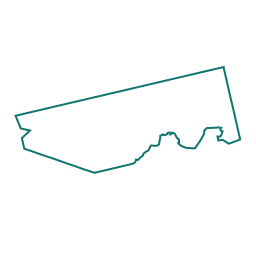 outline of Marion, Texas, United States of America, rotated 347°
{"feature_id": "52423323B1637569116072", "entity_name": "Marion", "entity_type": "district", "adm_level": 2, "iso_a3": "USA", "parent_name": "United States of America", "parent_adm1": "Texas", "projection": "natural_earth1", "projection_center": [-94.29, 32.785], "detail": "fine", "context": "isolated", "style": "outline", "palette": "teal", "viewbox_px": 256, "rotation_deg": 347, "n_neighbors": 0, "source": "geoboundaries", "source_scale": "gbopen_adm2", "svg_char_len": 1291}
<svg xmlns="http://www.w3.org/2000/svg" viewBox="0 0 256 256"><g transform="rotate(347 128 128)"><path d="M21.2,90.8L23.4,104.3L31.9,108.4L22.3,114.0L22.3,124.8L22.6,125.0L28.1,128.4L32.8,131.4L44.8,138.9L49.6,141.8L58.5,147.5L63.8,150.8L67.2,152.9L68.9,154.0L75.0,157.9L85.3,164.1L87.7,164.1L96.7,164.1L107.9,164.0L121.7,163.9L125.8,163.7L127.7,162.6L128.8,160.5L130.5,161.4L133.7,159.4L136.5,158.1L137.0,156.7L140.0,155.2L143.0,154.4L144.8,151.9L146.5,150.2L149.1,151.1L152.3,151.8L154.5,150.9L155.8,147.8L156.5,146.4L157.4,144.1L157.7,142.9L160.4,142.0L161.2,143.0L163.1,143.1L164.9,142.8L164.8,142.6L165.2,142.1L165.5,141.9L165.8,141.7L166.8,141.6L167.6,141.8L168.4,142.1L168.1,143.2L168.0,143.8L169.0,143.5L169.0,142.7L170.8,142.7L172.3,144.1L173.5,148.9L175.0,150.4L174.6,153.3L174.1,153.2L173.6,153.7L173.6,154.4L176.0,157.6L180.4,160.6L188.6,162.9L196.1,156.0L200.5,151.2L202.0,147.5L204.7,145.8L210.1,146.8L212.9,147.3L214.4,147.6L216.3,147.7L217.7,148.6L218.8,148.8L217.7,150.3L217.8,151.6L219.4,152.5L217.7,155.4L215.7,157.2L213.3,156.4L213.2,160.5L217.6,160.8L222.7,166.0L234.7,164.4L234.8,134.8L234.8,131.3L234.8,129.8L234.8,127.9L234.8,127.3L234.7,123.1L234.8,93.8L234.7,90.3L234.8,90.1L232.4,90.1L37.9,90.7L21.2,90.8Z" fill="none" stroke="#0f766e" stroke-width="2"/></g></svg>